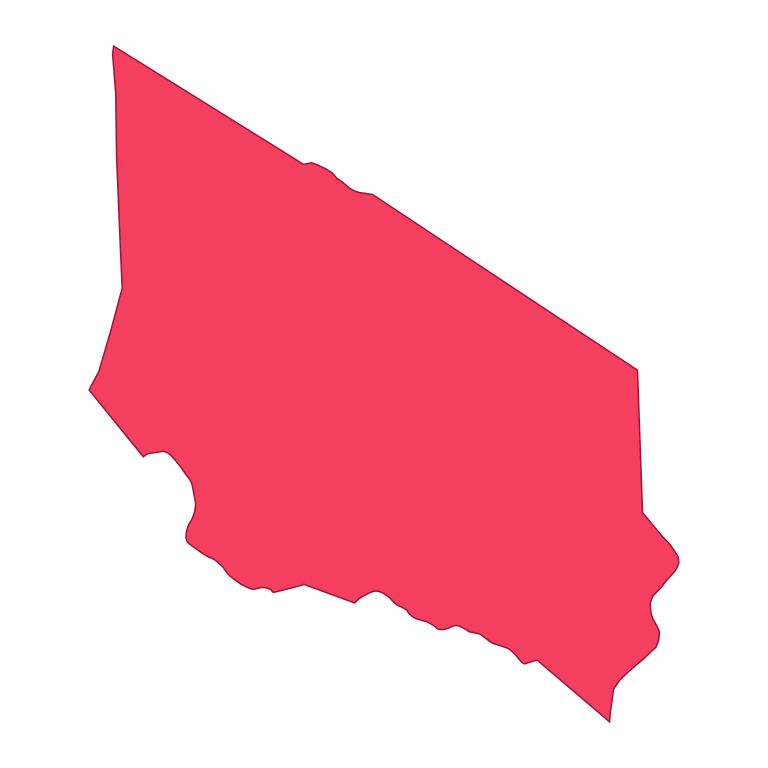 outline of San Miguelito, Francisco Morazán, Honduras
{"feature_id": "27666195B71574157318497", "entity_name": "San Miguelito", "entity_type": "district", "adm_level": 2, "iso_a3": "HND", "parent_name": "Honduras", "parent_adm1": "Francisco Morazán", "projection": "orthographic", "projection_center": [-87.496, 13.751], "detail": "fine", "context": "isolated", "style": "filled", "palette": "rose", "viewbox_px": 768, "rotation_deg": 0, "n_neighbors": 0, "source": "geoboundaries", "source_scale": "gbopen_adm2", "svg_char_len": 6043}
<svg xmlns="http://www.w3.org/2000/svg" viewBox="0 0 768 768"><path d="M637.5,370.2L475.3,262.7L372.5,194.5L363.8,193.2L359.6,192.6L354.0,190.9L349.4,188.0L341.8,181.6L336.9,178.3L331.8,172.6L325.6,168.8L318.4,165.4L311.5,162.7L303.6,164.4L113.6,46.1L112.6,54.2L115.7,93.3L116.6,157.0L120.3,246.5L122.2,288.2L110.9,330.3L98.9,371.3L89.1,390.0L143.3,456.8L143.8,456.4L144.3,456.0L145.1,455.4L145.7,454.9L145.9,454.8L146.3,454.6L146.7,454.4L147.0,454.3L148.5,453.8L150.5,453.2L151.0,453.1L152.6,452.9L154.2,452.7L156.1,452.4L158.1,452.1L159.0,452.0L161.0,451.6L162.3,451.4L162.7,451.4L163.3,451.4L164.0,451.5L164.4,451.5L164.9,451.7L165.6,451.9L166.1,452.2L166.5,452.3L166.8,452.5L167.6,452.9L168.3,453.4L169.2,454.1L170.2,454.8L171.1,455.6L171.6,456.2L172.2,456.7L172.7,457.3L174.0,458.9L175.4,460.4L176.5,461.8L180.0,466.1L180.6,466.9L180.9,467.2L182.6,469.8L183.9,471.7L185.0,473.2L187.6,476.6L189.3,479.0L190.0,480.0L190.5,481.0L191.1,482.1L191.4,482.8L191.7,483.7L192.0,484.6L192.3,485.5L192.4,486.3L193.5,491.8L194.8,498.8L195.3,501.5L195.4,501.9L195.4,502.4L195.5,502.9L195.5,503.3L195.5,503.8L195.5,504.4L195.5,505.1L195.4,506.5L195.2,507.9L195.1,508.6L195.0,509.4L194.9,510.0L194.7,511.1L194.4,512.2L194.3,512.7L194.0,513.8L193.8,514.5L193.5,515.1L193.3,515.8L193.0,516.5L192.5,517.8L192.2,518.5L191.8,519.3L191.4,520.0L190.8,521.2L190.3,521.9L189.7,522.8L189.3,523.5L189.1,524.0L188.8,524.5L188.6,525.0L188.4,525.4L187.9,526.7L187.7,527.4L187.3,528.6L186.7,530.8L186.6,531.6L186.3,532.7L186.3,533.1L186.1,534.3L186.1,535.1L186.0,536.0L186.0,536.4L186.0,537.4L186.1,538.1L186.1,538.5L186.2,538.8L186.4,539.5L186.5,539.8L186.7,540.5L186.9,541.0L187.1,541.5L187.3,541.9L187.6,542.2L187.9,542.6L188.2,542.9L188.4,543.1L188.7,543.4L189.0,543.6L190.4,544.7L193.4,546.9L200.1,551.7L201.9,553.0L203.5,554.0L205.6,555.3L208.1,556.8L208.7,557.1L209.7,557.5L210.3,557.8L211.4,558.2L212.3,558.6L212.9,558.9L213.8,559.4L214.5,559.8L215.3,560.3L216.0,560.8L217.0,561.5L218.0,562.3L218.4,562.8L219.4,563.6L220.1,564.3L220.8,565.0L221.5,565.7L222.4,566.6L223.4,567.8L224.1,568.7L224.7,569.6L225.2,570.3L225.6,571.0L226.1,571.6L226.5,572.2L227.4,573.2L228.0,573.9L228.6,574.6L229.7,575.7L230.1,576.2L230.8,576.8L231.3,577.2L233.4,578.8L236.0,580.7L239.1,582.9L240.2,583.7L240.6,584.0L241.3,584.4L243.3,585.4L245.5,586.5L246.5,587.0L248.2,587.7L248.8,588.0L249.7,588.4L250.3,588.6L251.2,588.9L251.7,589.0L252.0,589.0L252.5,589.1L253.1,589.1L253.6,589.2L254.3,589.1L254.7,589.1L255.6,589.0L256.4,588.8L256.9,588.7L257.4,588.5L258.0,588.3L258.6,588.1L259.4,587.9L260.2,587.7L261.0,587.6L261.5,587.6L262.6,587.5L263.2,587.5L263.9,587.6L264.6,587.6L265.2,587.7L266.3,588.0L267.1,588.2L267.4,588.3L268.1,588.5L268.4,588.6L269.4,589.1L269.9,589.3L270.6,589.7L270.8,589.8L271.2,590.1L271.6,590.4L271.8,590.8L272.0,591.0L272.2,591.4L272.3,591.6L272.5,591.8L272.8,592.0L273.0,592.1L273.5,592.2L273.9,592.3L274.3,592.2L274.6,592.2L283.9,589.9L293.2,587.5L295.8,586.8L298.3,586.1L301.2,585.3L304.0,584.4L354.9,603.0L355.7,602.0L356.2,601.5L356.7,601.0L357.7,600.0L358.4,599.3L358.9,598.9L359.3,598.6L359.8,598.2L360.4,597.8L362.6,596.5L364.8,595.2L365.8,594.7L367.4,593.9L369.2,593.0L371.0,592.2L372.3,591.8L372.9,591.6L373.3,591.4L373.8,591.3L374.4,591.2L374.7,591.2L375.3,591.1L375.9,591.1L376.5,591.1L377.1,591.2L377.8,591.3L378.2,591.3L378.6,591.4L379.7,591.7L380.5,592.0L381.6,592.4L382.0,592.6L382.5,592.8L383.5,593.4L384.3,594.0L386.1,595.2L387.2,596.0L388.3,596.8L389.7,597.8L390.2,598.3L390.6,598.7L391.0,599.2L391.6,599.9L392.0,600.4L392.7,601.2L393.2,601.7L394.1,602.5L395.2,603.5L396.3,604.4L396.7,604.7L397.1,605.0L397.7,605.4L398.2,605.6L398.9,606.0L399.3,606.2L400.9,606.9L401.8,607.2L402.6,607.7L403.5,608.1L404.8,608.9L405.4,609.2L405.9,609.6L406.4,609.9L406.7,610.2L407.0,610.5L407.4,611.0L407.6,611.6L407.8,611.9L408.2,612.5L408.5,612.9L408.8,613.2L409.3,613.7L410.0,614.5L410.9,615.2L411.3,615.6L411.8,616.0L412.6,616.7L413.1,617.0L413.7,617.4L414.0,617.6L414.5,617.9L415.0,618.2L415.3,618.3L417.0,618.9L417.9,619.2L419.3,619.7L420.6,620.1L422.1,620.5L423.0,620.7L424.7,621.1L426.2,621.5L426.9,621.8L427.6,622.1L428.2,622.4L430.7,623.8L432.0,624.6L433.6,625.6L434.2,626.0L434.8,626.4L435.1,626.7L435.7,627.2L436.1,627.6L436.5,628.0L437.1,628.5L437.3,628.6L438.0,629.0L438.6,629.2L439.1,629.4L439.5,629.5L439.8,629.5L440.1,629.6L440.5,629.6L440.9,629.6L441.3,629.6L441.6,629.6L442.4,629.6L443.3,629.5L444.0,629.4L444.4,629.3L445.2,629.2L445.9,629.0L446.6,628.8L447.6,628.5L448.0,628.3L448.7,628.0L449.1,627.8L450.2,627.2L450.8,626.9L451.3,626.7L451.8,626.5L452.6,626.2L453.2,626.0L453.8,625.9L454.9,625.6L455.4,625.6L455.9,625.5L456.6,625.5L457.1,625.6L457.6,625.7L458.2,625.8L458.4,625.9L459.0,626.0L459.3,626.2L461.0,626.9L462.9,627.8L464.7,628.8L465.7,629.3L466.4,629.8L467.4,630.5L468.4,631.3L468.8,631.5L469.3,631.7L469.7,631.9L470.2,632.0L470.6,632.1L471.2,632.2L472.4,632.4L473.0,632.5L473.6,632.6L474.7,632.8L477.4,633.5L479.6,634.0L479.9,634.1L480.1,634.2L480.4,634.4L480.9,634.7L482.2,635.6L483.4,636.6L485.0,637.8L488.0,640.1L488.9,640.8L489.9,641.5L491.2,642.3L492.5,643.0L493.1,643.4L493.8,643.6L494.5,643.9L495.9,644.3L498.4,645.1L499.9,645.5L502.4,646.4L504.9,647.2L505.4,647.4L506.6,647.9L507.4,648.2L508.1,648.6L508.6,648.8L509.1,649.1L509.8,649.6L510.1,649.8L510.6,650.1L510.9,650.4L511.5,650.9L511.6,651.0L513.0,652.4L514.3,653.7L515.6,655.1L516.3,655.8L516.7,656.4L517.2,656.9L519.1,659.4L520.1,660.4L520.6,661.0L521.0,661.4L521.6,662.1L522.3,662.6L522.8,663.0L523.3,663.4L523.5,663.5L523.9,663.7L524.1,663.8L524.3,663.8L524.5,663.8L525.1,663.7L525.8,663.5L527.0,663.2L527.8,662.9L532.1,661.5L533.4,661.1L535.7,660.5L537.2,660.2L609.6,721.9L610.1,714.0L612.0,700.9L613.6,689.2L619.5,680.4L627.8,672.3L636.3,665.0L643.4,659.0L649.1,653.5L656.0,647.2L658.8,639.9L659.5,631.9L656.5,625.1L653.2,619.5L651.1,613.7L650.2,603.2L652.7,596.1L661.0,587.7L665.5,581.6L670.1,576.5L675.2,570.8L677.2,567.2L678.9,562.9L678.0,556.5L670.4,545.0L661.1,535.0L642.5,512.5L637.5,370.2Z" fill="#f43f5e" stroke="#9f1239" stroke-width="1.5"/></svg>